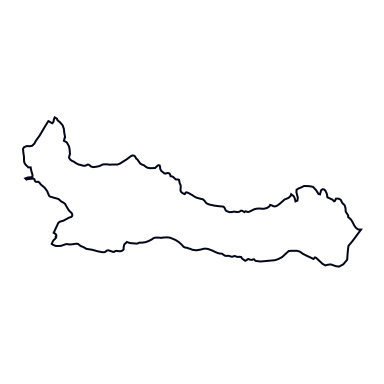 Bolvasnita, Caras-Severin, Romania (Equal Earth projection)
{"feature_id": "2599482B91708216111276", "entity_name": "Bolvasnita", "entity_type": "district", "adm_level": 2, "iso_a3": "ROU", "parent_name": "Romania", "parent_adm1": "Caras-Severin", "projection": "equal_earth", "projection_center": [22.399, 45.326], "detail": "fine", "context": "isolated", "style": "outline", "palette": "ink", "viewbox_px": 384, "rotation_deg": 0, "n_neighbors": 0, "source": "geoboundaries", "source_scale": "gbopen_adm2", "svg_char_len": 5960}
<svg xmlns="http://www.w3.org/2000/svg" viewBox="0 0 384 384"><path d="M335.9,266.2L339.1,266.6L343.3,264.3L347.2,259.7L347.4,256.2L347.7,252.7L348.0,249.3L348.5,245.8L352.4,241.2L361.0,229.6L358.3,229.5L356.3,228.2L354.4,225.8L353.6,224.2L352.8,222.6L351.9,221.0L350.9,219.5L348.1,216.9L348.2,215.5L345.7,211.6L345.5,208.1L344.6,205.2L342.4,203.1L340.7,199.8L340.2,199.5L339.7,199.2L339.1,198.9L338.5,198.7L338.0,198.6L335.9,198.7L335.0,200.8L334.1,201.3L332.4,199.6L327.4,197.3L327.2,196.1L327.1,195.0L326.8,193.9L326.4,192.8L325.3,190.6L324.0,189.4L322.6,189.2L321.1,190.3L320.0,194.4L318.5,194.0L316.2,190.3L313.2,187.0L311.4,186.5L308.3,186.1L304.0,186.0L302.7,186.7L301.4,187.3L300.1,187.9L298.7,188.4L296.6,189.7L296.4,192.2L297.8,197.7L297.4,200.6L295.5,201.4L295.2,200.1L294.8,198.7L294.4,197.5L293.7,196.2L291.2,194.2L290.7,195.8L288.5,197.9L284.6,199.5L279.6,203.9L277.4,205.5L275.6,206.3L274.2,206.4L273.5,206.2L272.9,206.0L272.3,205.7L271.7,205.3L270.2,204.9L269.6,206.2L267.2,207.9L266.1,208.2L265.0,208.5L263.9,208.7L262.7,208.8L260.5,208.6L259.6,208.5L257.7,208.6L256.6,208.7L254.4,209.2L249.3,211.7L248.1,212.0L245.4,211.3L244.4,212.1L242.2,210.8L240.8,210.7L240.4,211.0L240.0,211.3L239.6,211.6L239.0,211.9L238.8,211.9L237.7,212.0L236.9,212.0L236.0,211.9L235.2,211.8L234.4,211.6L231.3,212.1L229.3,212.1L226.4,211.0L225.5,210.0L224.6,207.9L223.6,206.7L221.3,206.4L218.9,206.2L214.3,205.6L209.6,204.6L207.2,203.7L205.8,202.6L205.2,201.7L204.5,200.8L203.7,200.0L202.9,199.3L201.0,198.9L199.2,198.4L197.4,197.9L195.6,197.3L192.2,195.1L188.7,193.1L186.4,192.3L185.5,192.8L185.4,193.2L185.2,193.5L185.0,193.9L184.6,194.1L183.2,193.5L182.4,193.0L182.1,192.8L181.5,192.3L181.1,191.8L180.8,191.3L180.5,190.7L180.7,187.0L180.7,186.1L180.6,185.4L180.4,184.7L180.1,184.1L179.7,183.4L179.1,179.9L178.2,179.5L175.7,179.4L173.2,177.0L172.4,176.5L170.6,176.2L170.0,174.3L169.4,173.4L167.6,173.0L165.2,173.6L164.4,173.4L161.3,170.9L160.3,169.1L160.0,166.6L159.6,165.4L158.5,165.2L157.5,165.8L156.7,166.5L155.9,167.2L155.2,168.0L150.2,168.2L149.6,168.1L148.4,167.9L147.8,167.8L147.1,167.5L146.5,167.3L143.8,165.2L142.2,164.7L140.2,163.5L137.5,159.6L136.1,158.5L135.8,157.7L135.4,157.1L134.9,156.4L134.4,155.8L132.5,155.4L130.8,156.2L129.4,157.3L127.3,158.9L124.7,160.6L119.7,163.7L117.2,164.6L115.0,164.5L112.8,164.5L111.2,164.6L109.6,164.7L108.3,164.5L107.0,164.3L105.6,164.3L104.1,164.3L102.2,164.7L99.4,166.1L97.9,166.4L96.5,166.7L95.0,166.9L93.5,167.1L92.7,167.0L92.0,166.8L91.3,166.6L90.7,166.3L89.3,165.0L88.0,164.5L85.3,165.7L83.7,165.8L78.6,164.5L75.8,163.1L73.8,161.6L72.8,161.3L71.9,160.8L71.0,160.2L70.4,159.7L70.0,159.2L69.6,158.7L69.3,158.2L69.0,157.7L69.2,156.7L69.4,155.8L69.7,154.9L70.0,154.0L69.8,152.1L69.7,150.2L69.4,148.3L69.0,146.4L67.1,142.9L66.6,142.3L63.9,140.8L64.8,137.3L65.0,137.3L65.0,136.7L64.3,133.0L63.9,129.0L62.6,125.3L60.0,122.3L57.5,120.2L56.9,118.7L54.7,117.4L53.7,120.0L53.7,121.1L53.2,122.2L52.2,123.3L49.3,121.5L48.4,121.1L45.3,126.0L39.7,135.5L35.8,140.9L34.4,143.6L32.1,145.8L29.8,146.2L26.7,146.1L24.0,147.2L23.0,148.9L23.2,151.0L23.4,153.0L23.7,155.0L24.0,157.0L24.0,158.4L24.0,159.8L24.1,161.1L24.3,162.5L25.5,164.6L28.3,167.3L29.2,167.5L29.6,167.4L30.0,167.3L30.7,167.4L31.2,170.4L31.5,171.5L31.9,172.9L32.4,174.3L32.5,175.7L32.4,176.6L31.6,177.2L28.6,177.4L27.9,177.5L26.6,177.9L25.3,178.4L26.1,179.2L26.2,178.9L27.1,179.1L27.8,179.2L29.7,178.9L31.1,178.8L31.8,178.8L33.3,178.5L34.4,179.3L34.6,180.0L34.8,180.6L35.2,181.3L35.4,181.5L36.0,181.8L36.7,181.9L37.4,181.9L38.1,181.7L39.3,182.5L41.0,184.7L42.9,186.2L44.6,187.7L47.2,191.2L49.1,195.8L50.0,196.6L58.5,199.0L61.4,201.6L62.4,202.1L63.4,202.6L64.3,203.3L65.1,203.9L65.8,205.3L66.6,206.7L67.4,208.0L68.2,209.3L69.3,210.9L71.5,212.9L72.3,214.3L72.2,215.9L71.3,216.9L68.9,217.7L63.4,220.7L59.8,221.7L58.3,222.9L53.7,232.8L54.3,233.1L54.9,233.5L55.4,234.0L55.9,234.4L56.5,235.8L55.7,236.6L55.9,237.1L56.1,237.7L55.5,238.1L54.9,239.1L54.2,239.6L53.3,240.6L52.7,241.6L51.7,243.9L53.1,244.9L55.6,245.9L57.4,246.0L60.8,245.9L65.7,244.2L67.4,244.1L68.6,244.4L71.4,244.4L75.4,243.8L75.8,243.8L76.2,243.9L76.5,243.8L76.9,243.7L78.2,244.0L78.9,244.6L79.6,245.2L80.4,245.8L81.2,246.3L82.5,246.7L83.8,247.3L85.0,248.0L86.2,248.8L92.3,249.8L98.1,251.4L102.3,252.2L104.0,252.2L105.4,251.8L106.8,250.6L108.5,250.3L113.0,251.9L114.0,251.9L114.5,251.5L115.1,251.2L115.7,251.0L116.3,250.9L116.7,250.9L117.9,251.1L119.1,251.2L120.2,251.2L121.3,251.1L123.0,250.1L123.6,249.5L123.6,248.2L123.7,246.9L124.0,245.6L124.3,244.4L126.9,242.0L127.7,242.3L128.5,242.6L130.3,243.1L136.5,243.6L137.3,243.5L138.0,243.3L138.7,243.0L139.3,242.6L142.0,242.7L143.7,242.4L145.5,242.2L148.7,241.0L150.5,240.1L151.6,239.5L153.7,238.1L155.0,237.7L156.7,237.6L157.9,237.6L160.1,237.7L161.3,237.9L162.7,237.6L164.1,237.5L165.6,237.4L167.0,237.4L169.0,237.5L170.3,237.8L175.4,239.9L179.0,242.2L180.2,243.3L181.4,244.4L182.5,245.6L183.6,246.8L184.8,247.4L185.0,247.5L186.2,247.7L187.4,247.9L188.0,248.2L188.6,248.4L189.3,248.6L190.5,248.9L192.4,249.8L196.4,250.3L198.2,250.0L200.0,249.7L201.8,249.3L203.5,248.8L204.7,248.7L205.8,248.7L206.9,248.8L208.1,249.0L212.2,250.5L213.8,251.3L215.5,252.1L217.2,252.8L218.9,253.4L222.3,253.8L222.9,254.4L223.7,254.9L224.4,255.4L225.2,255.8L226.2,255.9L227.3,255.9L228.7,255.8L231.4,256.7L232.6,256.7L234.3,256.0L235.0,256.1L235.6,256.3L236.2,256.5L236.7,256.8L237.4,256.9L238.1,256.9L238.8,256.9L239.5,256.8L241.2,257.0L241.4,257.5L241.7,258.0L242.0,258.4L242.4,258.8L242.9,259.2L245.2,260.8L245.8,260.5L246.4,260.2L247.0,259.8L247.5,259.3L248.5,259.0L249.2,259.4L249.9,259.6L250.7,259.8L251.5,259.9L252.0,259.9L253.2,259.3L254.1,259.3L254.9,260.4L256.1,261.0L260.6,261.5L274.9,260.2L278.0,259.2L282.1,257.1L288.6,251.1L291.0,250.8L297.1,250.8L299.9,251.7L302.9,253.8L307.0,255.9L308.6,256.6L310.3,257.4L311.9,258.2L313.5,259.0L315.0,257.4L316.2,257.9L322.5,263.8L325.3,265.4L327.5,264.8L330.8,264.4L335.9,266.2Z" fill="none" stroke="#020617" stroke-width="2"/></svg>